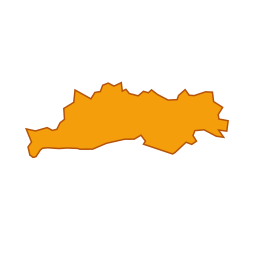 Essex, Virginia, United States of America (Equal Earth projection), rotated 121°
{"feature_id": "52423323B13977309866060", "entity_name": "Essex", "entity_type": "district", "adm_level": 2, "iso_a3": "USA", "parent_name": "United States of America", "parent_adm1": "Virginia", "projection": "equal_earth", "projection_center": [-76.942, 37.945], "detail": "fine", "context": "isolated", "style": "filled", "palette": "amber", "viewbox_px": 256, "rotation_deg": 121, "n_neighbors": 0, "source": "geoboundaries", "source_scale": "gbopen_adm2", "svg_char_len": 982}
<svg xmlns="http://www.w3.org/2000/svg" viewBox="0 0 256 256"><g transform="rotate(121 128 128)"><path d="M84.1,120.0L83.2,127.5L87.3,128.7L88.6,133.6L95.2,135.9L97.8,144.7L95.9,149.7L99.3,151.9L92.6,157.1L99.3,161.6L99.7,168.1L104.4,171.7L111.0,170.5L114.6,174.7L122.1,174.8L122.7,193.0L133.9,187.7L144.3,193.1L153.3,186.9L158.5,188.9L165.7,188.3L169.0,191.5L169.3,197.5L178.2,205.8L181.2,214.8L189.7,203.5L195.8,203.9L201.8,198.1L201.8,195.9L202.2,194.9L201.6,193.6L199.8,192.1L192.0,191.8L189.4,190.8L186.3,186.7L181.1,176.5L176.5,169.9L171.5,160.8L170.9,158.2L164.3,147.4L152.2,138.6L139.4,125.2L134.3,116.9L127.5,113.2L130.3,106.3L133.9,106.4L127.3,76.4L124.6,75.0L110.3,70.9L109.2,64.9L104.0,62.5L101.0,68.4L95.8,69.3L90.4,61.9L89.6,48.1L86.7,41.2L83.1,49.3L79.8,41.7L70.2,45.9L73.5,54.7L70.0,57.6L61.6,57.5L61.3,68.2L53.8,74.1L57.1,80.2L66.1,87.9L68.4,92.4L65.7,98.8L74.1,101.4L78.4,100.5L83.4,108.0L84.1,120.0Z" fill="#f59e0b" stroke="#b45309" stroke-width="1.5"/></g></svg>